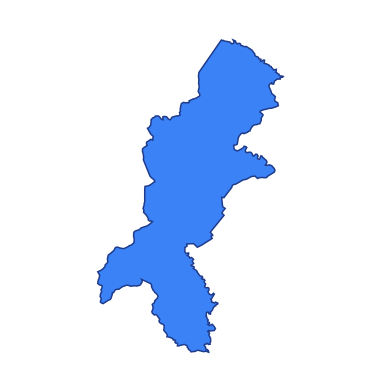 Goiatuba, Goiás, Brazil (Robinson projection), rotated 281°
{"feature_id": "56859067B21537019746622", "entity_name": "Goiatuba", "entity_type": "district", "adm_level": 2, "iso_a3": "BRA", "parent_name": "Brazil", "parent_adm1": "Goiás", "projection": "robinson", "projection_center": [-49.724, -17.991], "detail": "fine", "context": "isolated", "style": "filled", "palette": "blue", "viewbox_px": 384, "rotation_deg": 281, "n_neighbors": 0, "source": "geoboundaries", "source_scale": "gbopen_adm2", "svg_char_len": 5998}
<svg xmlns="http://www.w3.org/2000/svg" viewBox="0 0 384 384"><g transform="rotate(281 192 192)"><path d="M229.3,269.3L231.0,267.9L233.0,265.3L233.5,262.8L232.6,261.0L232.3,259.0L235.3,259.9L236.2,259.7L237.2,258.8L239.6,254.7L240.4,254.1L240.7,252.8L238.9,252.3L237.9,252.4L237.0,251.9L237.0,250.6L237.8,249.7L240.0,250.0L241.4,248.6L241.2,247.2L239.7,246.3L238.9,245.3L241.4,243.4L242.1,242.3L242.2,241.1L241.2,238.7L241.4,237.2L243.2,236.3L246.1,237.3L246.8,236.3L246.9,234.5L245.5,234.0L244.3,232.9L242.1,230.4L241.0,228.6L241.5,226.1L242.2,225.2L245.7,224.0L246.9,226.7L247.7,227.3L253.1,227.1L255.4,227.4L258.1,228.7L259.6,230.5L259.2,231.9L261.3,235.2L262.3,235.8L263.0,237.2L266.0,237.8L269.2,239.5L270.1,241.2L270.5,242.8L271.4,244.0L272.0,245.6L275.7,246.3L277.6,245.9L281.2,247.1L282.1,246.1L283.3,243.6L284.4,243.6L286.1,246.0L288.9,252.0L289.3,253.7L290.1,255.5L290.9,256.5L291.3,257.7L293.2,260.3L295.9,259.2L297.1,256.0L298.4,255.5L301.6,255.6L304.0,251.3L305.9,250.4L309.5,247.9L311.0,247.2L312.6,247.7L314.4,249.3L313.3,249.9L313.5,251.5L316.8,251.9L317.8,253.0L319.0,253.8L319.7,257.0L320.7,256.6L321.5,257.7L321.9,258.9L322.8,259.5L323.0,258.2L322.8,257.0L323.0,255.4L324.3,254.9L324.5,253.3L325.4,252.5L325.5,251.2L327.1,251.6L328.5,251.4L327.4,248.8L328.4,247.9L329.2,246.6L330.3,245.7L330.2,244.7L331.3,243.4L332.0,240.6L332.0,238.3L335.2,238.1L335.1,236.8L333.3,235.4L333.6,234.1L335.4,234.4L335.6,232.2L336.9,231.4L337.5,228.5L338.1,227.6L339.5,227.3L342.8,223.6L345.2,217.5L344.6,215.5L345.2,213.5L345.2,211.9L346.5,211.5L347.0,210.3L346.2,208.2L347.3,206.2L348.5,205.9L349.1,203.3L347.6,204.5L345.7,204.3L345.1,202.6L346.4,200.6L346.4,194.8L346.8,193.8L346.4,192.8L346.8,191.8L310.8,176.0L307.1,176.2L302.8,177.5L300.1,177.7L297.4,178.8L296.0,179.0L291.9,178.9L289.3,181.0L288.0,181.3L285.7,179.1L284.1,176.8L283.5,175.3L280.9,171.7L279.8,172.2L278.8,171.6L278.9,170.3L278.4,169.4L278.3,166.5L276.9,164.8L274.5,164.5L270.6,164.7L268.8,165.3L267.8,164.5L265.1,165.6L264.2,164.1L263.6,161.9L261.7,158.2L258.7,156.9L259.1,154.8L260.5,153.5L261.0,152.5L260.9,150.4L260.2,149.0L258.6,149.6L257.3,149.7L257.8,147.7L259.7,145.6L260.2,144.5L260.0,143.2L259.6,141.6L258.2,140.9L257.2,139.3L255.3,138.1L251.5,138.6L249.7,138.6L246.9,137.3L246.1,136.1L241.0,140.4L239.1,143.4L237.1,143.3L235.4,143.5L235.9,141.6L232.2,137.9L230.3,138.2L229.2,139.1L226.3,136.2L224.7,135.2L222.2,135.7L220.0,136.9L216.5,138.0L214.4,138.1L199.6,147.7L198.2,149.6L197.1,151.8L195.8,153.2L195.0,153.6L193.9,152.2L192.0,150.7L190.6,149.2L189.4,147.2L188.6,144.8L185.5,145.1L173.0,147.5L172.0,147.2L170.4,147.5L166.5,147.1L165.0,148.2L162.8,148.4L160.5,151.7L157.5,154.3L156.3,154.3L155.4,156.1L155.8,157.6L155.4,158.8L152.8,157.0L150.3,154.6L147.1,149.0L145.1,147.5L144.4,146.5L143.6,144.9L142.2,143.0L140.6,142.6L137.0,143.2L135.3,144.1L134.1,144.4L131.0,144.6L128.1,142.3L127.4,140.7L125.8,139.3L123.3,135.7L123.3,132.0L123.7,129.4L123.1,127.7L122.1,127.1L119.7,126.5L115.5,123.2L114.3,121.9L110.0,121.7L108.2,122.5L106.3,122.4L103.9,120.7L102.4,120.8L99.8,119.5L97.8,117.6L95.7,114.7L92.8,117.2L89.6,117.3L87.4,116.8L84.2,116.9L83.4,118.4L83.0,119.6L83.1,120.7L82.8,121.6L81.9,121.9L80.3,121.8L78.9,121.3L76.6,122.3L74.5,121.6L71.8,121.8L70.7,122.8L69.5,123.4L68.0,123.0L66.4,123.1L65.6,125.0L65.5,126.1L69.6,130.4L71.0,132.3L72.1,132.8L76.6,133.3L77.8,132.9L78.4,134.3L81.1,135.2L82.0,136.4L82.7,139.0L85.2,141.0L88.0,145.5L88.3,146.8L87.8,149.6L89.1,154.2L89.1,155.6L90.1,157.8L91.1,159.1L93.6,160.1L95.3,160.1L96.6,159.2L94.1,169.1L92.5,170.2L91.2,170.4L88.1,172.6L87.5,173.6L86.6,174.3L85.1,176.8L84.1,178.0L82.9,178.6L80.9,178.1L78.3,176.2L77.3,176.3L76.0,176.0L74.1,174.4L71.1,175.9L68.7,175.8L67.1,175.4L66.1,175.8L65.4,176.3L64.1,178.5L64.6,179.5L64.7,180.6L60.8,184.7L59.2,184.2L57.7,185.0L57.5,186.2L56.8,186.8L56.8,188.6L55.3,190.3L50.8,190.7L48.0,194.2L47.0,195.0L45.1,195.0L45.2,197.1L44.6,200.4L44.0,201.6L43.1,201.9L43.5,203.4L43.0,204.3L41.5,203.8L40.6,204.7L40.8,206.5L39.3,207.0L38.2,207.0L38.5,208.7L39.2,209.7L40.9,213.6L40.3,216.1L39.7,216.9L38.7,216.9L37.9,218.2L36.8,218.6L36.2,220.1L34.9,221.6L36.2,225.6L37.5,227.2L37.8,228.3L37.5,233.5L37.7,234.6L38.4,235.9L37.9,239.0L39.3,238.4L40.2,237.2L40.1,235.8L42.5,234.8L43.7,233.3L45.0,233.5L45.4,235.0L46.4,236.1L45.5,237.1L46.0,238.8L47.3,238.4L48.1,238.8L49.1,238.8L52.1,238.1L54.7,235.8L56.5,236.2L57.4,235.5L58.1,234.1L59.3,234.7L58.9,236.2L59.9,238.8L60.2,240.2L62.3,241.1L64.0,239.7L66.0,237.1L64.4,234.9L64.5,233.7L65.1,232.8L65.5,233.8L66.4,234.3L67.3,233.8L67.4,232.3L68.4,232.0L69.4,232.4L71.0,230.6L72.1,230.4L72.8,229.4L73.8,229.6L76.1,229.2L77.0,229.8L77.0,231.1L75.7,231.8L75.6,233.4L76.8,233.5L77.6,232.8L79.0,234.0L80.2,234.6L82.6,235.0L83.4,235.7L84.3,236.0L84.8,237.0L86.1,237.2L86.8,238.5L87.8,238.6L88.4,236.1L87.3,235.1L87.7,233.6L87.5,232.3L89.6,231.8L90.5,230.9L91.2,231.6L96.1,233.4L96.7,232.3L94.9,231.3L94.7,230.0L95.1,228.5L96.2,227.3L97.5,226.7L99.1,227.4L100.6,227.0L101.3,225.8L100.8,224.9L100.8,223.6L101.4,222.4L102.3,222.4L103.1,222.9L104.4,222.9L105.4,221.5L106.6,221.0L107.7,221.6L108.6,220.5L108.2,218.8L109.0,217.9L110.0,218.8L111.1,218.1L111.1,216.1L112.0,214.8L113.2,213.8L113.9,212.7L114.8,212.3L115.7,211.5L117.2,207.9L118.1,208.5L119.2,208.1L119.3,206.3L119.8,205.1L122.2,207.3L123.1,206.5L123.7,205.5L124.9,205.6L126.1,206.4L127.1,205.1L127.6,203.8L126.8,202.4L127.9,201.6L128.5,200.8L128.7,199.5L130.5,200.6L131.5,200.3L130.5,197.6L132.6,196.2L134.7,196.0L136.0,195.5L138.0,197.5L139.9,196.7L140.9,200.4L141.6,203.4L138.8,207.8L141.6,211.5L150.3,220.7L151.2,219.6L152.6,219.2L153.2,220.6L154.2,220.1L155.9,217.8L156.7,218.0L175.3,227.9L176.8,225.5L178.5,225.8L182.2,227.7L183.4,224.9L192.4,222.1L192.5,224.4L204.0,230.1L205.8,230.3L206.8,230.8L208.4,233.9L213.6,239.8L214.8,242.8L218.6,247.5L219.4,250.0L219.5,251.3L218.4,252.6L217.8,254.0L218.7,254.8L219.6,257.8L220.0,261.3L220.6,262.6L222.4,263.7L227.2,269.0L229.3,269.3Z" fill="#3b82f6" stroke="#1e3a8a" stroke-width="1.5"/></g></svg>